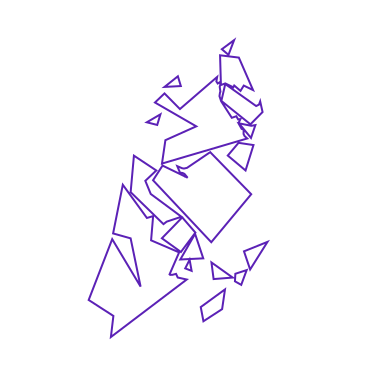 outline of Kepulauan Aru, Maluku, Indonesia, rotated 10°
{"feature_id": "22746128B17511076551422", "entity_name": "Kepulauan Aru", "entity_type": "district", "adm_level": 2, "iso_a3": "IDN", "parent_name": "Indonesia", "parent_adm1": "Maluku", "projection": "mercator", "projection_center": [134.564, -6.213], "detail": "medium", "context": "isolated", "style": "outline", "palette": "violet", "viewbox_px": 384, "rotation_deg": 10, "n_neighbors": 0, "source": "geoboundaries", "source_scale": "gbopen_adm2", "svg_char_len": 1887}
<svg xmlns="http://www.w3.org/2000/svg" viewBox="0 0 384 384"><g transform="rotate(10 192 192)"><path d="M122.6,196.9L121.5,246.5L139.6,248.3L157.8,294.1L121.6,252.3L109.0,316.3L136.1,327.7L137.3,348.9L202.0,279.1L192.8,278.7L190.5,275.4L187.2,276.9L184.9,277.4L184.2,277.0L189.8,253.7L160.1,246.7L157.9,222.5L152.1,225.4L122.6,196.9ZM250.7,183.9L203.0,149.6L182.9,169.1L180.0,170.3L178.1,170.3L173.0,169.1L176.6,174.7L177.1,175.0L179.4,174.9L181.2,175.4L181.8,175.8L182.2,176.8L182.4,176.3L185.2,178.7L158.4,171.1L151.6,187.2L219.7,238.1L250.7,183.9ZM184.8,126.6L156.8,145.6L157.5,169.2L237.1,129.7L234.0,127.7L232.7,125.9L232.3,123.4L232.5,121.9L229.9,121.2L225.8,116.2L227.0,111.8L224.8,112.5L222.5,109.7L218.3,112.0L204.9,97.5L202.4,92.8L202.3,88.9L202.6,88.4L201.0,83.6L201.3,80.9L200.1,79.2L198.5,80.7L196.8,78.9L196.8,74.3L165.7,112.4L147.8,99.7L140.0,110.3L184.8,126.6ZM128.5,166.3L131.6,202.8L169.5,228.6L172.2,225.6L185.9,218.2L151.7,201.1L144.1,189.1L153.1,177.0L128.5,166.3ZM206.0,79.9L205.1,97.2L237.8,115.2L247.6,101.0L243.4,90.9L242.8,94.3L240.2,96.2L206.0,79.9ZM195.9,52.5L201.9,81.6L206.0,79.3L214.5,81.7L215.1,79.8L222.2,84.0L224.5,78.2L234.4,81.0L214.8,51.5L195.9,52.5ZM186.8,218.7L170.4,242.8L191.5,253.0L202.4,231.4L186.8,218.7ZM241.4,282.2L220.6,303.8L225.7,317.3L242.0,302.1L241.4,282.2ZM214.6,255.4L202.3,232.7L192.2,260.5L214.6,255.4ZM275.0,228.0L253.5,241.4L262.7,258.2L275.0,228.0ZM244.4,135.1L229.3,135.5L220.9,149.9L241.0,161.5L244.4,135.1ZM246.9,269.2L223.4,258.0L228.4,274.0L246.9,269.2ZM238.9,116.5L226.3,116.2L240.7,128.5L242.8,115.1L238.9,116.5ZM147.4,121.0L135.4,131.2L146.1,132.0L147.4,121.0ZM204.1,50.6L207.1,35.1L196.6,46.2L204.1,50.6ZM162.6,89.6L158.0,80.5L146.7,93.3L162.6,89.6ZM259.4,259.4L248.9,265.0L249.8,272.5L256.6,274.9L259.4,259.4ZM205.3,269.7L201.4,259.1L198.6,268.4L205.3,269.7Z" fill="none" stroke="#5b21b6" stroke-width="2"/></g></svg>